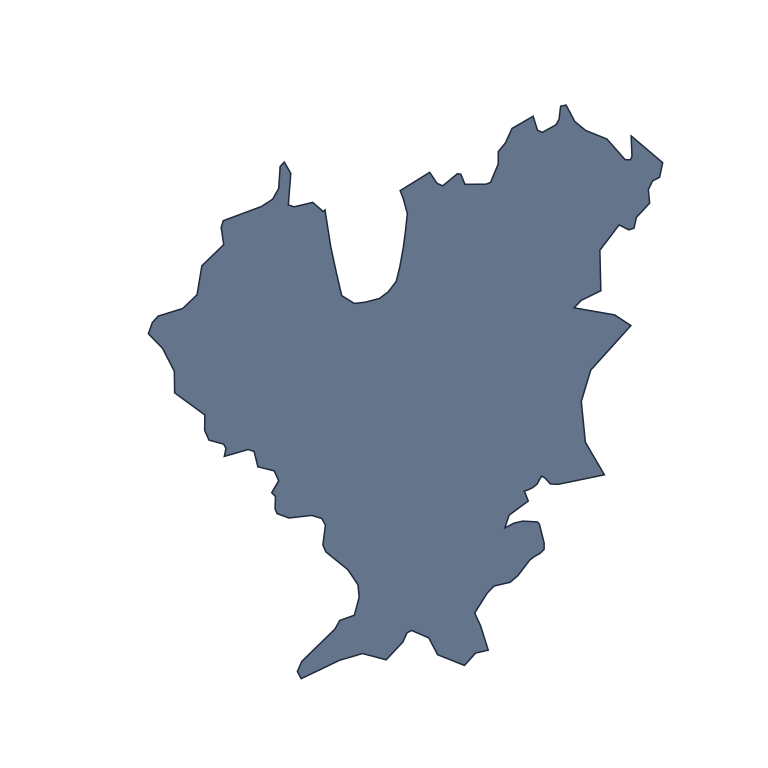 the border of Lancashire, rotated 189°
{"feature_id": "GBR-2123", "entity_name": "Lancashire", "entity_type": "Administrative County", "adm_level": 1, "iso_a3": "GBR", "parent_name": "United Kingdom", "parent_adm1": "", "projection": "albers", "projection_center": [-2.621, 53.865], "detail": "fine", "context": "isolated", "style": "filled", "palette": "slate", "viewbox_px": 768, "rotation_deg": 189, "n_neighbors": 0, "source": "natural_earth", "source_scale": "10m", "svg_char_len": 2040}
<svg xmlns="http://www.w3.org/2000/svg" viewBox="0 0 768 768"><g transform="rotate(189 384 384)"><path d="M184.3,510.1L202.2,497.5L208.2,489.0L166.9,488.3L149.3,480.3L182.0,430.0L186.4,397.6L176.0,358.0L152.1,328.8L196.1,312.2L204.0,311.3L210.3,316.3L213.9,317.7L215.4,314.0L217.1,309.1L220.8,305.0L225.2,301.9L228.6,300.2L223.2,291.0L239.9,274.0L242.1,260.8L233.7,267.0L225.4,270.3L210.8,271.8L208.5,269.7L201.0,252.1L200.0,245.7L203.3,241.2L208.4,237.2L212.5,232.9L221.9,215.5L228.5,207.9L243.8,201.6L249.4,193.5L258.6,172.0L250.6,160.0L239.4,137.4L240.2,137.1L251.4,132.6L260.5,118.6L288.7,125.0L300.0,140.2L318.2,144.9L322.4,141.8L324.9,132.3L338.7,111.9L363.1,114.4L384.6,104.2L419.7,80.0L424.6,86.5L421.8,97.2L394.1,134.3L390.7,143.6L377.1,151.0L375.2,169.6L378.3,181.6L390.6,194.9L415.2,209.1L419.2,215.6L419.8,235.5L424.4,241.4L434.8,242.9L456.9,236.8L469.3,239.2L472.1,243.7L473.6,255.9L477.9,259.1L472.9,272.0L478.9,281.0L495.6,282.5L501.8,297.1L508.0,298.0L530.4,287.5L530.0,295.7L532.9,299.5L548.1,301.2L553.9,310.2L556.1,325.4L589.4,342.5L593.1,363.8L608.3,384.6L624.6,396.8L622.4,408.5L617.6,415.8L594.5,427.2L582.6,442.9L582.4,472.3L564.1,496.6L569.3,513.1L568.3,520.2L532.7,540.2L522.9,549.1L518.6,560.7L520.6,582.6L517.2,587.6L509.0,577.4L506.5,546.0L500.6,544.9L482.8,552.2L471.0,544.8L469.5,546.7L466.8,538.3L458.2,511.6L448.7,487.1L439.6,464.7L425.9,458.9L415.3,461.9L402.0,467.7L394.3,475.6L388.0,487.2L386.7,502.4L386.3,521.9L386.7,537.8L387.6,555.9L394.1,570.4L398.3,577.5L372.0,600.2L363.0,590.5L357.0,588.9L344.4,603.2L340.9,603.2L335.3,593.9L314.6,597.3L310.3,599.8L305.6,619.2L307.5,631.4L301.8,641.1L297.5,656.5L278.6,671.8L272.1,658.7L267.0,657.3L254.6,667.0L252.5,672.9L253.0,686.0L247.8,688.0L236.6,673.1L224.6,666.0L208.9,662.4L202.1,660.8L180.8,643.2L175.6,644.1L174.7,647.7L178.7,667.7L143.4,646.2L144.1,631.3L150.5,626.6L153.3,617.3L149.9,604.2L160.8,588.0L161.4,577.1L166.3,574.5L176.7,577.9L191.7,549.9L185.1,513.7L184.6,511.1L184.3,510.1Z" fill="#64748b" stroke="#1e293b" stroke-width="1.5"/></g></svg>